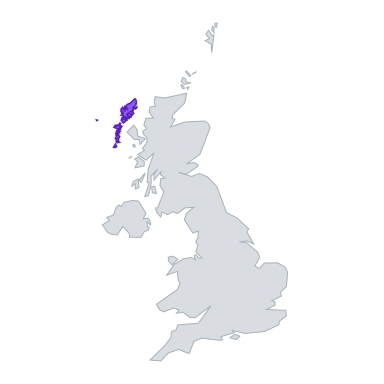 Eilean Siar on a map of United Kingdom (orthographic projection)
{"feature_id": "GBR-2772", "entity_name": "Eilean Siar", "entity_type": "Island Area", "adm_level": 1, "iso_a3": "GBR", "parent_name": "United Kingdom", "parent_adm1": "", "projection": "orthographic", "projection_center": [-7.062, 57.727], "detail": "medium", "context": "in_parent", "style": "filled", "palette": "violet", "viewbox_px": 384, "rotation_deg": 0, "n_neighbors": 0, "source": "natural_earth", "source_scale": "10m", "svg_char_len": 5570}
<svg xmlns="http://www.w3.org/2000/svg" viewBox="0 0 384 384"><path d="M210.9,305.9L195.0,317.8L189.7,317.3L183.1,312.2L176.5,313.2L179.2,310.2L173.4,308.0L163.6,311.9L159.3,309.5L156.5,304.2L177.2,289.7L180.2,282.9L178.2,280.9L177.4,271.4L166.6,275.2L174.0,264.5L183.2,259.0L191.2,257.4L195.6,259.8L194.1,255.7L195.9,254.6L198.8,258.2L202.0,257.9L195.8,252.0L197.9,245.0L195.5,241.7L198.0,237.9L198.2,231.2L192.8,233.0L184.4,219.9L186.4,213.3L193.7,207.3L184.6,208.0L177.6,213.5L172.2,211.7L167.6,214.6L162.1,212.1L160.6,217.0L156.4,211.9L155.6,208.0L157.7,207.8L163.9,191.7L159.9,185.7L160.9,178.5L165.1,178.1L160.4,174.7L161.1,171.4L154.1,180.0L153.8,174.5L157.6,169.2L151.1,176.0L151.2,183.7L148.5,195.6L144.8,196.5L149.2,182.8L147.1,182.5L148.3,168.9L153.9,153.0L146.1,160.2L137.8,154.5L144.6,150.2L142.3,148.7L146.8,142.4L147.2,138.4L143.2,133.9L143.0,131.1L146.6,128.6L143.8,124.9L146.0,118.2L153.4,118.0L149.0,112.3L150.1,107.0L155.5,106.1L154.1,102.4L155.1,96.7L164.6,98.0L186.7,93.2L184.7,103.0L172.6,114.9L172.0,118.3L175.0,119.2L170.7,126.9L184.5,122.1L204.7,121.0L208.3,123.5L210.1,127.7L199.8,154.5L186.5,163.9L193.7,162.4L197.9,164.6L197.6,166.6L186.2,174.3L178.7,172.6L191.7,176.4L199.4,173.5L207.5,176.9L216.8,186.5L226.5,212.7L237.0,218.0L248.7,228.8L246.8,232.0L253.9,244.1L246.5,240.9L239.4,242.0L246.2,242.4L257.7,252.3L259.8,257.5L254.8,266.0L259.5,268.5L264.2,263.0L277.5,262.8L285.3,267.1L287.6,272.3L286.4,286.7L280.2,292.2L281.4,295.9L271.9,300.7L274.8,301.6L275.1,305.2L266.5,309.5L285.8,310.4L286.2,316.0L279.8,320.9L278.6,324.9L264.4,331.5L245.1,333.4L232.4,330.4L234.2,332.6L220.8,336.7L222.4,339.6L221.0,340.4L201.8,338.2L194.0,341.3L189.1,353.6L178.7,349.4L168.3,353.0L160.7,361.0L150.0,360.0L164.8,345.6L170.7,337.9L171.6,331.6L176.0,329.9L177.9,324.9L198.3,323.3L210.9,305.9ZM141.0,237.3L129.5,237.2L129.5,233.9L122.9,226.4L117.2,234.9L112.0,234.5L107.5,232.3L102.4,224.8L109.5,220.5L106.7,217.3L113.2,215.2L116.3,207.1L119.2,205.1L121.3,206.5L124.0,202.3L132.3,200.5L138.5,201.1L146.0,213.4L143.2,218.9L148.5,218.2L150.7,223.2L150.5,225.0L147.0,221.7L147.4,226.9L149.2,227.2L148.4,230.3L144.4,231.5L141.0,237.3ZM136.0,103.4L134.0,108.9L130.3,111.9L132.4,114.1L123.7,122.6L121.6,120.6L125.3,117.2L122.0,114.7L123.2,113.2L121.5,111.8L122.5,107.9L127.4,108.9L126.6,105.4L135.3,99.1L136.0,103.4ZM137.3,130.1L137.5,136.0L145.4,138.6L140.1,144.4L139.2,139.5L134.4,139.5L127.0,132.1L133.7,125.1L137.3,130.1ZM208.7,30.1L212.4,35.8L213.9,34.8L211.7,52.6L211.1,44.1L205.0,40.6L209.3,38.7L205.9,33.9L208.7,30.1ZM144.1,166.0L134.9,167.8L137.8,161.6L134.7,159.2L138.3,156.8L144.3,161.5L144.1,166.0ZM172.8,256.1L177.9,259.3L172.1,264.9L168.6,261.1L168.2,257.2L172.8,256.1ZM138.2,179.0L139.0,187.5L135.2,189.1L135.2,183.7L131.9,186.3L133.3,181.4L138.2,179.0ZM185.9,78.8L185.8,81.7L190.8,82.9L184.4,84.4L181.2,81.5L182.7,77.5L185.9,78.8ZM156.4,193.6L152.4,192.7L151.6,186.9L154.8,186.1L156.4,193.6ZM239.8,336.2L236.4,339.6L230.1,337.8L234.8,334.1L239.8,336.2ZM141.0,182.6L139.2,180.1L145.1,173.0L143.9,176.6L141.0,182.6ZM119.6,124.7L121.4,126.4L119.9,129.3L114.4,127.1L119.6,124.7ZM118.8,142.3L116.6,141.8L116.1,134.0L118.5,134.3L118.8,142.3ZM213.9,32.6L211.7,30.0L212.5,26.3L214.1,27.2L213.9,32.6ZM190.9,75.7L189.5,76.6L185.5,71.8L186.6,71.0L190.9,75.7ZM184.7,88.3L182.8,88.8L180.8,84.9L182.7,85.0L184.7,88.3ZM217.1,23.0L216.7,27.1L215.2,26.8L214.9,23.3L217.1,23.0ZM195.4,72.8L191.8,74.3L195.7,71.9L195.4,72.8ZM135.2,146.9L134.1,147.2L132.6,145.3L134.5,144.2L135.2,146.9ZM188.9,87.0L187.8,89.3L186.7,87.3L188.9,87.0ZM131.0,157.4L128.7,158.5L131.8,156.2L131.0,157.4ZM115.9,146.9L114.4,147.4L113.8,146.7L115.3,145.3L115.9,146.9Z" fill="#d9dde1" stroke="#a8b0b8" stroke-width="1"/><path d="M125.1,121.7L123.3,123.0L120.9,119.9L121.7,120.6L123.2,119.0L124.4,118.9L123.6,118.1L125.7,117.8L125.2,117.2L125.6,116.8L121.1,115.1L124.0,113.2L122.0,113.6L122.6,112.3L121.7,112.9L121.1,111.7L120.9,110.6L121.4,109.6L121.1,109.1L122.7,108.9L122.0,108.2L122.5,107.2L124.5,108.1L124.0,108.2L125.3,111.5L124.8,109.6L125.1,108.9L126.3,108.5L127.3,109.6L127.7,108.9L126.5,107.6L125.9,105.9L127.6,104.2L130.2,103.3L134.8,98.8L135.6,99.2L136.5,101.7L135.7,103.3L136.5,103.9L133.3,107.4L134.9,108.0L136.8,106.7L136.7,108.0L135.5,109.0L132.8,108.2L133.3,110.4L129.2,112.1L132.7,111.4L133.4,112.9L132.8,113.3L133.6,113.5L132.4,114.6L130.5,114.2L131.9,115.5L131.1,116.8L130.4,116.5L130.6,117.2L129.9,117.3L129.1,116.1L129.3,117.4L128.6,117.0L127.8,114.7L128.5,113.4L129.7,113.0L128.1,113.0L126.9,114.7L128.4,117.0L128.0,117.2L128.6,118.5L126.5,117.9L126.2,118.5L127.2,120.0L126.6,120.6L125.4,120.0L125.6,120.6L125.1,121.7ZM119.8,125.5L121.9,126.2L121.3,127.0L120.1,125.9L119.4,126.2L120.4,127.6L121.2,127.5L120.9,128.1L117.8,128.7L120.6,128.8L120.4,130.0L117.9,130.0L117.2,128.9L117.7,128.7L113.9,127.4L115.1,125.3L116.5,125.3L116.1,125.7L116.4,126.1L117.8,124.5L117.5,125.3L118.7,125.7L118.4,125.3L120.0,124.5L120.2,125.1L119.8,125.5ZM116.8,134.8L119.7,136.4L118.7,138.5L117.1,138.3L118.4,139.2L118.6,140.9L117.2,141.3L119.4,142.3L117.0,142.8L116.4,141.9L116.0,139.1L115.3,138.5L116.4,136.2L115.8,133.8L117.1,133.2L119.3,135.3L116.4,134.0L116.8,134.8ZM116.8,130.7L119.6,131.5L118.6,131.9L119.5,132.9L117.7,133.2L116.2,132.0L116.8,130.7ZM115.4,144.0L116.7,146.4L115.5,147.5L113.6,147.3L115.4,144.0ZM125.0,108.3L124.9,106.8L126.4,108.3L125.0,108.3ZM122.8,118.2L121.7,118.5L122.3,117.4L123.0,117.4L122.8,118.2ZM119.3,123.8L120.0,123.0L120.5,123.3L119.7,123.9L119.3,123.8ZM96.6,120.6L96.4,119.9L97.3,120.2L96.6,120.6Z" fill="#8b5cf6" stroke="#5b21b6" stroke-width="1.5"/></svg>